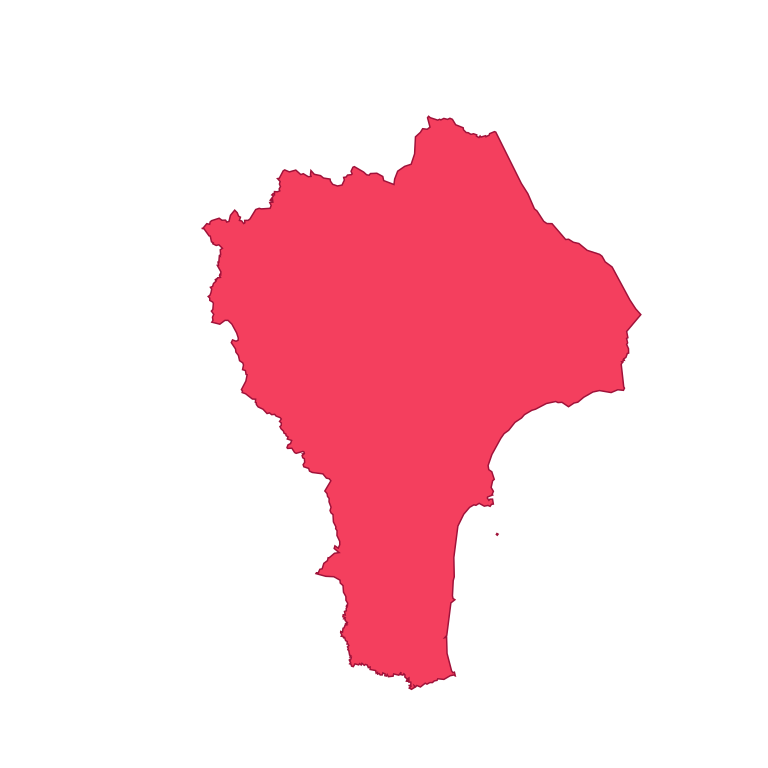 Santa Elena, Santa Elena, Ecuador, rotated 201°
{"feature_id": "8360857B94997360470933", "entity_name": "Santa Elena", "entity_type": "district", "adm_level": 2, "iso_a3": "ECU", "parent_name": "Ecuador", "parent_adm1": "Santa Elena", "projection": "orthographic", "projection_center": [-80.568, -2.087], "detail": "fine", "context": "isolated", "style": "filled", "palette": "rose", "viewbox_px": 768, "rotation_deg": 201, "n_neighbors": 0, "source": "geoboundaries", "source_scale": "gbopen_adm2", "svg_char_len": 6172}
<svg xmlns="http://www.w3.org/2000/svg" viewBox="0 0 768 768"><g transform="rotate(201 384 384)"><path d="M571.3,390.2L567.9,388.0L568.1,384.9L566.5,382.1L566.9,380.0L558.7,381.0L555.3,386.4L552.4,387.5L547.5,385.4L539.9,378.9L536.5,374.7L535.9,372.5L537.5,370.9L541.2,370.9L541.4,367.9L535.2,363.5L533.7,360.7L530.2,358.5L527.2,354.0L523.4,353.1L522.0,351.4L521.2,346.7L518.2,346.9L516.2,343.5L515.1,343.6L514.0,337.2L515.1,327.6L513.6,326.8L513.4,325.2L509.8,325.3L501.5,322.8L498.4,323.8L497.5,320.7L496.5,320.7L495.8,319.1L493.3,317.5L487.9,317.1L482.6,314.5L480.5,316.0L477.9,315.1L475.2,316.5L473.3,315.4L468.8,315.4L467.3,314.5L468.1,311.6L465.9,310.8L465.1,308.4L465.9,307.0L464.1,305.3L461.0,304.0L459.6,302.2L457.8,302.2L456.9,300.7L454.6,300.2L454.6,298.0L450.0,298.2L449.9,294.9L451.8,292.8L451.8,289.9L451.0,289.3L447.0,291.0L442.9,288.0L441.2,287.8L435.5,292.0L434.2,291.8L433.5,290.7L434.9,289.6L433.9,289.4L434.8,287.8L433.4,286.0L431.6,285.8L430.0,282.5L430.6,279.7L429.2,278.0L424.1,278.2L422.3,276.0L419.3,275.7L408.9,278.2L404.1,275.5L401.1,275.9L398.9,274.6L400.9,262.9L397.9,261.3L396.4,258.8L394.2,257.5L393.1,254.3L389.3,250.0L389.0,246.5L387.3,244.7L384.8,243.8L381.8,237.1L377.7,233.4L377.3,231.6L375.3,230.3L373.6,225.7L369.0,221.3L367.7,218.2L367.9,214.4L371.8,215.3L371.6,212.6L365.5,210.5L369.6,208.2L373.0,202.0L373.9,201.8L373.5,198.9L375.9,195.0L375.5,189.3L377.5,188.0L377.7,184.1L379.4,183.6L379.6,182.6L369.4,183.6L361.8,186.1L354.8,185.1L353.5,182.5L350.0,181.1L347.2,175.1L343.4,171.9L342.0,168.4L339.4,166.4L338.7,163.9L339.5,163.9L339.5,162.9L338.6,162.4L338.9,161.0L337.9,158.8L339.4,157.5L337.4,154.5L339.4,154.0L339.0,152.0L336.7,152.0L337.4,150.4L335.9,150.6L335.5,149.3L332.8,148.2L333.6,147.1L332.6,146.8L333.6,146.1L332.7,145.7L333.9,145.0L333.9,142.1L334.7,141.3L333.8,137.4L335.7,137.5L335.4,136.4L333.4,134.6L333.5,133.2L331.9,133.7L330.8,132.6L330.0,133.3L327.9,130.7L326.0,130.4L325.3,128.0L324.6,128.4L323.1,127.2L323.9,125.5L322.7,124.7L322.6,123.0L321.4,122.6L318.9,118.5L317.7,118.5L317.9,116.9L316.6,117.3L316.3,115.4L317.2,114.7L316.5,113.8L317.2,113.6L315.2,111.7L315.7,110.5L314.4,110.5L313.2,109.0L311.4,109.1L310.8,112.3L307.0,112.7L306.6,114.2L304.6,113.5L304.5,115.3L301.6,114.3L300.7,115.6L298.9,115.6L297.0,113.6L295.5,114.8L294.7,112.5L289.1,113.5L287.7,111.2L286.7,112.4L286.0,110.9L284.7,112.0L283.3,111.0L281.4,111.8L281.5,113.9L279.0,113.7L278.7,112.0L277.1,112.2L276.9,113.9L275.0,112.3L270.8,114.5L271.1,116.8L265.8,117.5L264.8,121.1L264.3,118.7L262.0,119.0L261.6,120.6L260.2,119.9L259.5,117.9L256.6,116.9L256.6,114.6L255.5,114.9L256.3,117.2L255.4,118.5L253.9,114.6L252.2,115.3L251.6,114.2L251.1,112.1L253.1,111.4L250.5,111.5L251.5,109.2L248.9,108.8L246.6,111.8L247.7,113.2L245.9,112.6L245.3,114.3L241.4,114.2L238.3,119.4L236.3,119.2L234.2,121.7L231.8,122.6L230.6,124.9L228.3,126.3L228.1,128.1L222.2,129.7L217.6,135.4L214.6,137.3L213.5,137.5L213.3,137.1L212.9,137.1L215.0,140.2L216.3,139.2L218.1,140.4L228.6,155.1L235.1,170.7L235.6,169.4L236.4,168.9L235.3,171.8L243.1,203.6L240.5,208.0L242.7,208.5L244.2,210.8L248.9,225.2L249.3,229.1L256.6,247.0L264.1,277.8L262.9,291.0L259.9,299.5L256.8,303.4L254.7,303.7L252.4,306.7L246.6,305.9L243.4,307.9L241.1,307.8L240.5,310.2L238.9,311.1L241.4,315.4L243.8,314.5L244.4,313.0L246.6,314.5L246.8,315.6L242.8,319.3L243.5,319.6L243.4,323.0L246.9,325.8L247.9,332.6L246.9,334.5L251.9,340.7L255.5,341.6L257.6,345.2L258.0,356.8L255.5,375.1L254.1,380.7L251.0,385.5L248.0,395.1L243.4,401.6L241.9,405.7L236.6,412.4L233.5,414.8L225.4,424.0L217.4,429.2L214.9,429.0L211.3,430.7L203.6,428.9L199.8,434.3L196.5,436.5L192.8,443.2L186.1,451.4L180.5,455.1L168.9,457.4L163.7,462.4L158.2,463.9L158.0,466.3L159.2,467.3L169.6,487.4L169.2,489.4L169.9,489.9L168.8,490.2L169.3,492.1L168.2,492.3L169.2,493.4L167.7,495.5L167.8,499.7L166.7,500.5L168.4,504.6L171.7,507.9L171.3,509.7L173.9,513.5L172.9,514.6L176.3,520.0L169.1,540.8L176.0,544.4L184.6,550.6L213.0,575.0L221.3,577.3L226.2,581.4L229.2,582.3L242.2,581.6L252.4,585.0L258.0,584.2L263.5,585.3L266.2,584.0L284.6,593.9L289.4,592.2L293.2,593.1L303.2,600.4L306.3,601.4L317.9,613.2L327.6,620.4L369.9,659.2L371.3,659.2L375.1,655.6L375.0,654.0L377.4,651.4L378.1,652.2L382.0,649.3L383.2,650.0L383.7,648.1L386.5,648.5L386.7,649.8L390.1,649.7L392.3,648.2L395.5,648.8L397.3,648.2L400.9,649.8L401.9,651.6L410.0,651.7L415.0,655.6L417.7,655.7L419.5,653.8L423.3,653.4L425.6,650.9L426.9,651.1L428.4,649.6L436.2,649.2L438.3,649.9L438.8,648.2L433.1,640.3L434.9,637.3L439.4,636.2L440.2,632.0L443.2,626.0L437.9,609.8L437.4,598.9L442.7,594.6L447.5,587.6L447.5,579.2L446.2,573.8L457.2,573.8L459.5,577.3L466.2,578.2L472.1,575.6L472.7,573.6L475.2,573.1L479.0,574.6L489.6,576.3L490.7,575.2L491.0,570.8L489.1,568.8L489.4,567.8L492.9,566.0L493.6,563.6L495.7,562.4L494.1,560.2L494.5,554.7L498.4,552.2L503.5,552.0L506.7,554.2L507.8,556.0L514.3,554.6L517.9,555.8L524.2,554.8L528.7,557.1L527.7,553.2L526.5,551.7L529.0,550.4L534.7,551.4L536.7,549.7L543.0,552.1L548.4,548.1L553.4,548.3L554.5,546.9L555.5,538.5L557.0,537.6L553.5,535.8L553.3,533.2L551.4,531.2L551.8,528.5L550.5,527.0L552.5,525.2L555.2,524.4L554.2,521.7L555.7,522.1L556.5,520.3L554.6,520.0L556.1,514.7L554.9,514.5L554.3,516.5L552.9,513.9L555.7,512.5L553.3,510.2L553.3,507.2L561.3,503.5L563.5,503.3L566.3,500.9L568.3,490.0L569.5,488.1L572.7,486.8L571.7,484.6L572.5,483.5L575.3,485.2L577.6,484.9L577.8,488.3L579.9,488.6L582.4,491.3L585.7,492.8L587.8,486.5L587.0,480.3L588.8,478.8L590.6,480.2L594.0,478.8L597.3,479.7L603.5,474.7L604.4,473.0L604.0,470.6L606.9,470.2L608.8,464.6L610.0,463.9L607.7,464.4L600.4,459.6L599.2,459.8L596.0,454.9L594.0,454.6L594.1,453.6L590.3,453.2L588.1,454.8L583.5,452.8L585.0,450.6L582.8,446.1L583.5,445.3L582.8,444.5L583.6,444.5L581.8,438.3L582.6,438.2L581.1,435.5L582.1,435.0L576.5,430.3L575.6,427.4L576.5,427.5L576.4,426.2L574.9,424.9L577.4,423.5L577.7,421.5L578.2,421.9L578.9,420.9L577.7,419.7L579.2,416.8L579.0,413.6L580.7,412.1L578.9,410.9L578.3,407.5L578.3,404.5L579.5,402.7L577.5,401.8L576.6,399.6L573.3,399.1L572.2,398.1L570.5,392.2L571.3,390.2ZM225.0,284.9L225.2,283.8L224.1,283.4L223.7,284.7L225.0,284.9Z" fill="#f43f5e" stroke="#9f1239" stroke-width="1.5"/></g></svg>